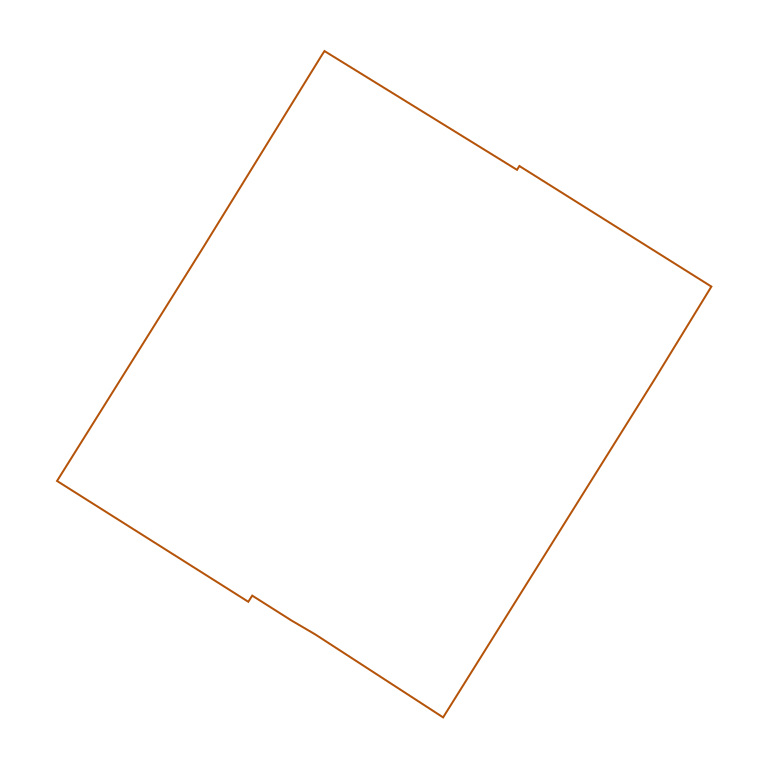 outline of Custer, Nebraska, United States of America, rotated 302°
{"feature_id": "52423323B7268339406067", "entity_name": "Custer", "entity_type": "district", "adm_level": 2, "iso_a3": "USA", "parent_name": "United States of America", "parent_adm1": "Nebraska", "projection": "orthographic", "projection_center": [-99.806, 41.394], "detail": "fine", "context": "isolated", "style": "outline", "palette": "amber", "viewbox_px": 768, "rotation_deg": 302, "n_neighbors": 0, "source": "geoboundaries", "source_scale": "gbopen_adm2", "svg_char_len": 346}
<svg xmlns="http://www.w3.org/2000/svg" viewBox="0 0 768 768"><g transform="rotate(302 384 384)"><path d="M128.5,158.1L127.4,384.3L134.7,384.4L134.4,430.9L135.2,458.4L132.6,610.8L139.4,610.8L532.5,611.0L640.1,610.0L640.6,383.3L636.1,383.3L634.8,157.1L630.0,157.0L403.5,158.3L128.5,158.1Z" fill="none" stroke="#b45309" stroke-width="2"/></g></svg>